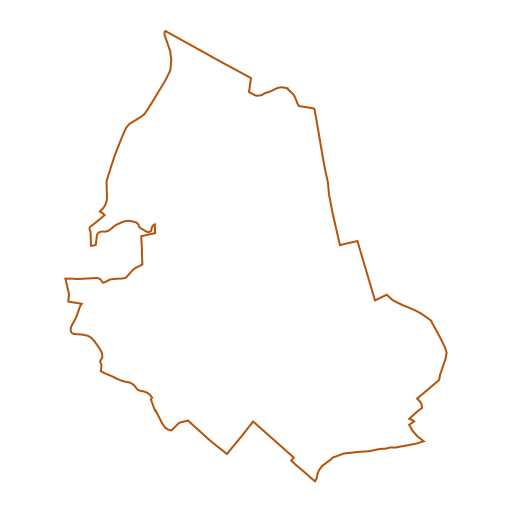 the district of Buduslau, Bihor, Romania, rotated 90°
{"feature_id": "2599482B69448012965496", "entity_name": "Buduslau", "entity_type": "district", "adm_level": 2, "iso_a3": "ROU", "parent_name": "Romania", "parent_adm1": "Bihor", "projection": "mercator", "projection_center": [22.247, 47.394], "detail": "fine", "context": "isolated", "style": "outline", "palette": "amber", "viewbox_px": 512, "rotation_deg": 90, "n_neighbors": 0, "source": "geoboundaries", "source_scale": "gbopen_adm2", "svg_char_len": 3664}
<svg xmlns="http://www.w3.org/2000/svg" viewBox="0 0 512 512"><g transform="rotate(90 256 256)"><path d="M428.9,344.9L429.6,343.9L429.9,342.6L430.4,340.6L427.5,337.7L424.6,334.7L422.7,332.6L421.7,328.6L421.0,326.0L420.5,324.1L438.4,304.3L442.0,300.2L454.0,285.1L434.9,269.3L432.1,267.2L427.1,263.3L424.4,261.2L421.5,258.9L452.1,224.4L457.6,218.2L460.5,220.8L464.1,217.0L466.7,214.1L471.2,208.6L478.2,200.7L481.3,197.0L479.4,195.9L477.7,195.1L474.3,194.6L470.1,193.0L465.7,189.6L460.1,182.0L457.5,179.1L453.5,168.1L451.7,151.5L451.5,147.6L451.3,143.8L451.2,142.9L448.9,131.7L448.8,129.9L448.7,127.1L448.5,125.9L448.4,125.1L447.4,121.5L447.6,117.1L446.4,110.6L443.7,96.0L441.3,88.3L436.0,94.9L430.7,99.5L424.8,102.8L421.4,97.9L420.3,99.3L418.8,102.7L415.7,99.4L410.3,93.3L407.9,89.9L404.7,90.4L402.9,91.1L401.2,92.3L398.6,94.9L392.4,87.5L380.6,73.6L379.9,72.9L374.6,71.9L358.6,66.4L352.4,65.4L347.6,66.9L337.5,71.9L327.5,77.3L323.3,79.7L320.9,80.7L320.5,81.1L315.3,88.3L313.2,91.5L310.2,97.2L306.9,104.9L305.4,108.7L303.0,113.8L300.3,119.1L297.4,122.5L294.7,125.2L300.4,137.0L241.0,154.6L245.1,172.1L215.2,178.9L212.0,179.6L194.7,183.0L185.4,183.8L182.9,184.0L172.8,186.2L166.6,187.5L147.9,190.8L118.5,195.8L109.6,197.5L108.4,198.3L107.2,205.5L106.1,213.2L102.8,214.9L100.5,215.7L99.9,215.9L96.4,217.4L94.4,218.6L93.7,219.4L89.0,224.3L88.4,224.3L88.1,225.3L87.9,226.6L87.4,229.5L87.3,231.6L88.2,235.1L91.3,241.3L93.4,247.6L95.1,250.2L95.8,254.4L95.4,256.8L92.0,263.0L78.1,261.0L61.2,292.2L30.7,347.2L30.8,347.1L31.7,347.3L32.9,347.4L34.4,347.6L51.2,341.8L54.4,341.5L57.2,341.0L58.8,340.7L61.0,340.9L63.2,341.0L68.3,341.5L70.1,341.6L70.3,341.7L73.3,343.1L77.8,345.3L81.4,347.2L92.8,354.2L100.4,358.7L107.9,363.4L113.7,367.2L116.2,370.1L121.6,378.8L123.6,382.1L125.7,384.2L128.1,386.0L129.7,386.7L133.2,388.3L138.1,390.4L146.9,393.9L155.8,397.4L156.5,397.6L164.2,400.1L172.7,402.8L181.3,405.5L193.8,405.1L198.6,405.0L201.5,405.5L204.7,406.6L206.4,407.6L208.0,408.7L211.6,412.1L213.3,409.2L215.1,407.4L220.7,414.0L226.6,421.4L227.5,422.3L228.9,422.5L230.2,422.2L231.8,421.5L238.8,421.2L243.3,421.1L245.8,421.0L245.5,418.2L244.8,416.2L238.0,415.4L235.3,415.1L233.7,414.3L232.3,412.8L231.8,411.3L231.5,409.4L231.7,407.0L230.8,403.7L229.6,401.9L226.5,398.2L224.9,395.9L222.5,390.7L221.3,387.4L220.8,383.8L221.0,381.3L221.9,378.0L222.5,375.8L223.6,374.4L225.5,373.2L227.1,372.6L228.4,371.1L229.8,368.6L231.2,366.4L232.0,364.6L231.9,362.8L231.3,361.4L230.4,360.7L229.7,360.6L228.0,360.3L226.2,359.5L225.5,359.0L225.0,358.3L224.4,357.2L233.1,356.9L236.2,370.8L250.6,370.0L250.9,370.2L264.5,369.6L268.2,377.0L270.4,379.6L277.5,385.9L278.1,387.1L278.6,390.3L278.7,395.1L279.3,400.9L279.6,402.3L281.8,406.3L282.2,407.3L282.7,409.2L279.6,411.4L278.6,412.8L278.2,414.2L278.0,415.7L278.3,420.8L279.0,434.2L278.7,439.9L278.7,446.6L292.8,443.3L295.3,443.0L301.5,443.8L303.8,430.3L305.3,431.4L307.3,432.3L314.8,434.9L317.7,436.0L321.6,438.1L324.2,439.6L326.7,440.8L329.1,441.4L330.9,441.2L332.3,440.7L333.3,439.7L334.0,437.9L334.6,429.7L335.8,424.0L337.9,420.6L341.6,417.3L346.8,413.6L351.0,411.0L353.1,410.0L354.9,409.8L356.9,409.6L358.4,410.2L360.2,411.4L361.7,411.8L363.1,411.3L364.6,410.6L366.5,410.6L370.4,411.1L371.1,411.2L373.4,407.1L374.1,405.3L376.7,399.0L378.6,395.5L379.0,394.5L379.4,393.5L380.7,390.4L381.4,388.2L382.1,384.5L382.5,382.7L382.9,381.4L384.2,379.3L385.4,377.8L386.5,376.9L388.2,375.7L389.4,374.8L390.5,372.7L391.0,371.0L391.4,368.3L392.2,366.2L392.6,365.1L393.9,363.2L395.5,361.5L397.8,359.8L398.6,360.6L399.4,361.1L408.0,358.0L410.7,357.0L410.5,356.4L423.1,350.0L426.4,347.7L427.5,346.9L428.9,344.9Z" fill="none" stroke="#b45309" stroke-width="2"/></g></svg>